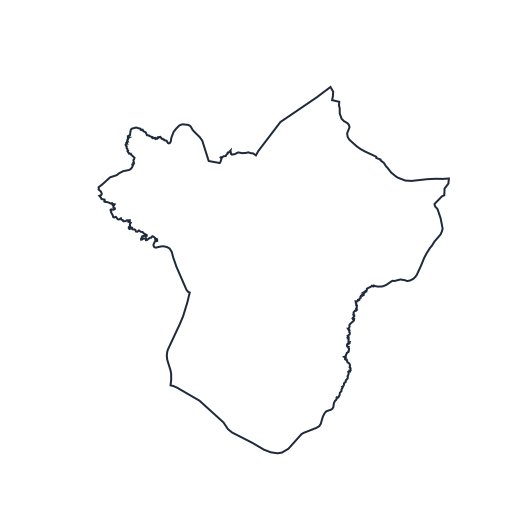 Sahatsakhan, Kalasin, Thailand, rotated 287°
{"feature_id": "78962969B18941921206705", "entity_name": "Sahatsakhan", "entity_type": "district", "adm_level": 2, "iso_a3": "THA", "parent_name": "Thailand", "parent_adm1": "Kalasin", "projection": "orthographic", "projection_center": [103.587, 16.732], "detail": "fine", "context": "isolated", "style": "outline", "palette": "slate", "viewbox_px": 512, "rotation_deg": 287, "n_neighbors": 0, "source": "geoboundaries", "source_scale": "gbopen_adm2", "svg_char_len": 6116}
<svg xmlns="http://www.w3.org/2000/svg" viewBox="0 0 512 512"><g transform="rotate(287 256 256)"><path d="M275.7,85.4L275.3,85.8L273.6,86.0L272.3,88.8L270.9,90.0L269.9,90.4L268.9,90.1L267.7,88.6L266.5,90.6L265.5,91.4L265.3,92.1L265.7,94.7L264.9,95.1L264.0,94.9L263.6,95.3L264.1,98.5L263.7,101.9L264.5,102.8L264.2,103.3L263.2,103.6L262.9,104.0L264.0,104.8L264.1,105.7L262.2,105.1L260.8,105.4L260.3,106.0L260.4,107.0L259.8,107.3L258.5,106.1L258.3,103.9L257.5,103.4L256.9,103.7L256.3,104.5L255.3,104.7L253.5,106.7L251.4,108.2L251.4,109.2L252.3,110.1L252.5,110.6L250.8,112.8L250.7,113.5L250.9,114.3L252.6,115.8L251.4,116.7L251.3,118.3L250.5,118.8L250.5,119.2L251.1,120.9L252.4,122.1L253.3,124.9L252.6,125.0L251.4,124.2L251.2,126.5L249.5,126.1L247.4,127.0L246.9,126.1L246.4,125.9L245.4,126.2L244.8,127.0L244.8,127.3L246.7,128.5L246.9,128.9L246.7,129.3L245.7,129.5L245.4,130.5L245.9,131.9L245.7,132.9L244.3,134.1L244.5,135.4L246.2,136.6L245.5,138.7L245.7,140.7L244.8,142.1L244.1,145.4L243.3,145.6L242.4,145.1L242.9,143.8L241.7,141.5L238.5,141.1L238.0,141.4L238.5,142.3L240.0,143.4L240.0,144.3L240.6,145.5L240.4,146.0L239.0,146.2L239.1,146.8L242.3,149.2L243.0,150.5L244.5,151.0L244.7,151.4L243.9,154.0L242.4,154.8L243.3,155.9L243.1,156.5L241.5,157.1L241.0,156.3L240.7,155.2L237.1,154.6L236.0,154.9L234.8,156.1L234.6,157.3L234.9,158.1L237.7,163.0L238.3,165.0L238.5,168.1L238.1,170.7L237.6,171.6L235.3,174.2L230.2,177.4L222.4,183.1L203.3,199.4L201.8,201.7L201.7,203.3L191.9,203.9L177.0,203.9L169.0,203.1L140.7,199.1L138.6,199.1L134.7,199.8L130.9,201.4L121.8,207.6L118.5,209.3L112.8,211.1L107.3,212.1L107.5,214.7L107.1,218.6L101.1,244.3L87.3,273.6L82.2,279.8L80.2,284.8L76.2,307.3L73.1,320.3L72.6,327.5L73.6,334.2L75.6,338.3L81.2,343.4L99.0,351.6L100.9,353.4L109.2,363.9L111.7,366.2L114.3,367.0L121.9,366.9L125.8,367.6L128.0,368.6L131.1,372.8L132.4,373.8L134.3,374.1L138.2,373.5L140.9,374.0L141.5,374.6L142.8,374.9L144.2,374.4L144.6,374.6L144.5,375.8L145.2,376.2L147.6,376.6L149.7,376.2L151.7,377.2L153.4,376.8L155.4,377.3L156.0,376.6L156.9,377.4L158.2,377.8L160.1,377.4L161.8,378.6L163.3,378.2L165.6,379.4L166.9,379.2L167.8,378.7L168.2,379.0L170.8,379.0L172.1,378.1L172.7,378.9L173.3,378.8L173.1,379.7L174.6,379.9L175.0,379.5L176.2,379.3L176.8,378.7L176.7,378.3L177.0,378.0L178.0,378.1L179.8,377.4L180.7,376.1L181.1,374.5L182.2,374.0L182.7,373.0L183.4,373.0L183.2,371.9L183.4,371.3L184.3,371.0L184.8,371.4L185.3,369.6L185.6,369.9L185.8,370.9L186.9,371.2L187.5,370.9L188.6,371.1L189.5,371.4L190.0,371.2L191.1,372.4L191.7,372.6L192.2,372.2L193.0,372.4L194.9,372.0L195.3,370.9L195.7,370.7L196.3,370.9L196.2,369.6L197.5,369.0L198.5,369.1L199.1,370.3L200.0,370.9L200.2,370.6L200.8,370.7L200.3,369.8L201.2,370.1L201.6,369.3L203.8,368.9L204.2,368.5L204.1,368.0L204.8,368.1L205.0,367.6L205.6,368.2L206.5,367.0L208.3,368.4L209.8,368.3L210.4,367.5L212.2,367.2L212.1,366.5L213.3,365.2L213.5,366.0L214.1,365.7L214.8,366.1L215.9,366.1L217.2,365.5L218.8,366.0L222.8,368.5L224.5,368.3L224.5,367.5L224.1,367.0L224.6,366.5L227.1,367.6L228.1,367.2L227.9,366.6L228.5,366.1L229.8,366.2L230.7,365.8L232.6,366.7L232.7,367.5L233.9,368.2L234.2,367.3L235.0,367.1L235.4,367.6L238.0,367.0L238.0,366.3L238.5,366.0L239.2,366.2L240.1,365.5L240.9,365.3L240.8,365.0L241.3,364.9L241.8,364.5L242.4,366.3L243.8,366.4L244.0,367.5L244.5,367.7L245.5,367.4L246.7,368.4L247.4,368.2L247.7,367.8L248.6,368.0L249.4,368.5L249.1,369.3L249.6,369.5L249.8,370.1L250.1,370.4L250.6,370.3L250.7,369.6L252.0,370.2L252.5,369.7L252.4,369.3L252.9,369.7L253.2,370.9L253.7,371.1L253.9,370.7L254.2,370.8L254.3,371.4L254.7,371.1L255.3,372.0L257.2,371.6L260.6,375.2L261.3,375.4L261.1,376.9L261.2,377.1L261.9,376.7L262.3,377.2L262.0,378.2L262.4,381.7L263.9,385.9L266.3,388.9L272.1,393.6L272.7,395.9L275.8,401.0L276.4,405.7L276.2,407.8L277.6,410.5L280.4,413.3L282.7,414.5L285.1,415.3L294.7,416.6L303.4,417.4L308.7,418.4L315.0,420.2L317.2,421.2L321.9,422.4L330.5,426.2L334.0,426.6L336.7,426.5L346.1,421.5L354.0,415.8L355.5,413.2L356.7,412.1L357.9,411.5L367.5,416.4L369.1,418.3L375.6,416.6L381.5,418.8L386.5,417.8L384.3,412.0L382.3,405.0L379.4,397.0L373.3,382.9L371.8,376.7L372.4,368.7L373.0,366.5L375.3,360.9L378.9,355.8L379.7,354.2L382.4,351.1L383.9,347.1L384.7,346.9L384.9,342.4L386.1,341.9L387.8,329.7L388.9,324.5L390.4,320.1L394.5,311.3L396.7,308.8L399.9,307.3L406.4,307.8L408.3,306.7L409.7,304.8L410.8,300.4L412.3,297.7L416.8,294.4L421.6,292.9L424.4,291.3L427.8,290.5L427.3,283.2L431.4,282.8L435.6,281.8L439.4,277.8L425.5,267.7L391.3,240.2L357.0,227.5L352.2,226.5L353.3,223.2L352.8,221.1L352.9,218.3L351.6,216.2L350.4,213.0L349.8,208.6L347.2,205.9L345.9,203.3L346.3,202.3L346.9,202.2L347.8,201.1L348.2,201.3L348.5,200.9L349.4,200.8L346.8,199.5L346.7,198.8L345.9,198.6L345.4,198.8L343.7,197.9L342.7,197.9L341.9,195.8L340.4,194.8L340.4,193.7L339.9,193.3L338.8,194.6L335.5,194.5L334.3,194.1L333.0,183.0L350.6,170.9L353.2,167.5L356.4,161.3L358.0,158.6L360.9,155.5L361.6,153.0L360.4,147.0L358.5,144.6L354.4,142.4L350.5,140.9L344.4,140.5L340.4,141.0L338.9,140.6L338.2,139.8L338.3,138.7L340.1,136.8L339.9,134.6L340.4,134.3L340.3,133.3L340.8,132.6L340.5,131.6L342.0,129.7L340.9,127.5L340.5,127.6L340.4,128.1L339.9,127.7L339.9,127.3L339.4,127.3L339.3,126.6L339.0,126.3L339.4,125.7L338.6,125.4L339.2,124.5L338.6,123.2L339.1,122.7L338.6,122.5L338.8,121.9L339.4,121.6L339.6,118.9L340.0,118.4L339.6,116.4L342.0,114.4L342.4,111.9L343.6,110.7L342.9,109.9L343.0,108.8L343.9,108.4L343.8,103.8L341.6,100.2L340.8,99.6L339.4,99.4L334.8,100.1L332.5,97.9L332.7,98.5L332.0,98.8L332.2,99.9L331.8,99.5L330.4,99.5L330.2,99.1L329.2,99.0L328.0,100.0L327.6,99.2L327.0,99.2L327.0,99.6L326.2,99.4L325.9,99.7L325.8,98.9L324.4,99.3L324.1,98.9L323.4,99.4L323.5,99.9L322.8,100.4L321.5,100.6L320.9,101.2L320.9,101.6L319.4,102.4L319.3,102.8L318.7,102.6L318.6,102.9L317.7,103.5L317.2,104.7L316.8,104.8L317.2,106.4L316.5,106.8L314.4,111.1L312.8,111.1L311.9,110.7L309.4,112.0L309.1,111.5L308.3,112.1L307.8,112.0L308.0,111.6L307.6,111.6L307.3,111.0L306.0,111.7L304.5,111.6L302.5,110.7L301.1,109.4L298.3,104.2L295.1,100.9L292.6,99.2L288.6,93.5L279.9,88.3L275.7,85.4Z" fill="none" stroke="#1e293b" stroke-width="2"/></g></svg>